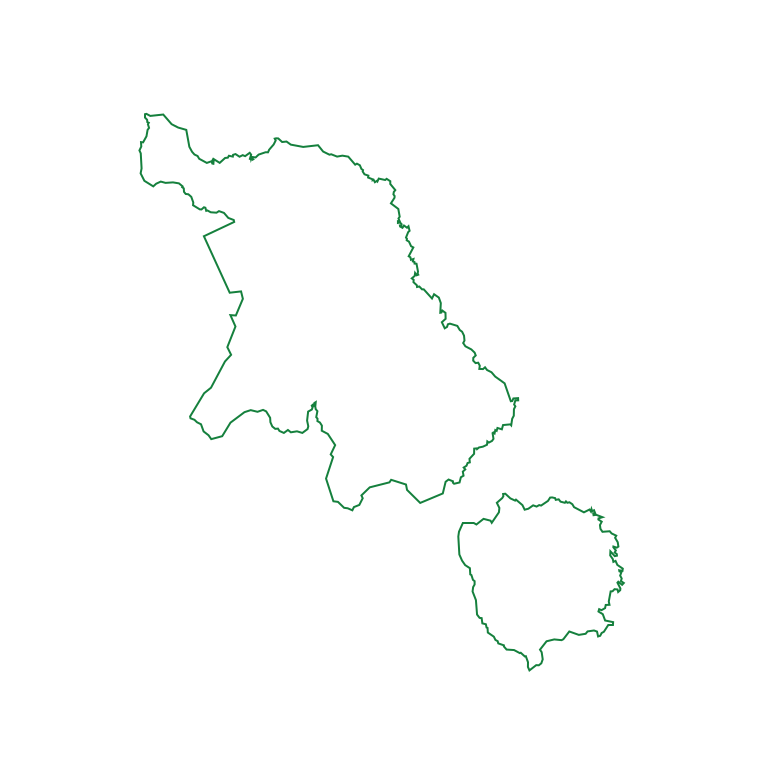 Bosome Freho, Ashanti, Ghana, rotated 350°
{"feature_id": "2480657B30283206314404", "entity_name": "Bosome Freho", "entity_type": "district", "adm_level": 2, "iso_a3": "GHA", "parent_name": "Ghana", "parent_adm1": "Ashanti", "projection": "robinson", "projection_center": [-1.315, 6.307], "detail": "fine", "context": "isolated", "style": "outline", "palette": "green", "viewbox_px": 768, "rotation_deg": 350, "n_neighbors": 0, "source": "geoboundaries", "source_scale": "gbopen_adm2", "svg_char_len": 6152}
<svg xmlns="http://www.w3.org/2000/svg" viewBox="0 0 768 768"><g transform="rotate(350 384 384)"><path d="M435.5,232.9L433.8,234.1L431.2,231.4L429.3,233.4L427.2,231.7L427.2,230.7L428.5,231.1L429.1,229.7L427.8,227.7L425.7,227.8L426.0,226.1L427.8,226.7L427.0,223.5L428.5,222.0L428.5,214.1L422.2,207.3L426.7,202.4L427.1,200.7L426.2,198.9L427.0,196.6L428.8,195.0L424.9,188.1L425.4,185.4L422.2,182.4L420.6,183.3L414.5,180.8L412.7,183.4L412.3,182.7L410.1,183.7L409.2,181.0L408.2,181.3L408.4,180.5L404.2,177.9L404.8,176.1L401.2,174.1L399.9,171.0L400.5,169.7L399.1,168.3L398.2,164.4L395.6,162.3L393.7,163.0L388.3,153.9L382.7,151.9L377.3,151.9L371.9,148.6L370.1,148.7L364.4,144.5L360.5,137.4L345.6,136.5L333.8,132.1L330.1,128.3L325.7,128.0L322.5,123.8L320.4,123.3L319.0,123.4L319.6,125.4L316.9,129.0L311.6,133.3L310.0,135.7L307.6,135.2L300.4,136.3L296.9,138.6L293.5,137.5L293.0,138.8L294.2,140.0L293.5,140.3L292.5,138.8L292.1,139.5L292.1,138.1L290.6,139.8L293.0,135.1L291.9,133.0L286.8,135.5L284.6,134.1L281.2,135.1L277.7,131.8L275.2,132.1L274.6,133.8L270.9,132.3L269.5,134.0L266.8,133.8L260.6,137.7L255.0,132.6L254.1,133.7L254.9,135.0L254.2,137.5L253.2,137.1L252.8,134.7L247.9,135.5L241.1,130.1L240.0,127.1L237.2,125.1L235.3,122.0L233.5,116.6L233.4,99.4L225.8,95.7L220.0,91.3L213.4,80.3L200.4,79.4L196.9,76.7L195.5,76.8L194.9,80.1L196.6,82.7L196.4,85.0L197.7,85.9L196.6,87.2L197.1,91.0L195.3,92.7L193.1,98.8L188.7,104.2L186.7,103.6L186.2,108.0L183.7,111.5L184.5,114.6L182.7,129.6L180.9,134.3L183.3,142.3L191.1,149.3L194.4,147.2L199.3,145.9L203.8,148.0L211.2,148.8L216.9,150.8L220.0,154.4L219.4,155.1L220.8,156.6L220.4,160.0L221.7,162.4L224.3,163.2L226.7,166.2L227.7,172.1L227.0,174.8L233.0,180.1L234.6,180.4L237.4,178.7L238.7,179.4L239.0,182.6L240.2,182.4L243.2,184.8L248.8,186.2L251.5,185.1L256.1,187.7L259.5,193.4L264.5,196.4L264.6,198.4L232.3,207.2L247.9,267.3L259.3,268.0L259.8,275.6L250.0,290.8L244.7,289.5L247.7,301.6L236.1,320.5L238.5,328.7L231.3,334.2L213.0,357.6L205.2,361.9L187.4,382.3L187.5,384.2L191.1,386.3L193.2,389.2L196.8,391.9L198.1,399.4L202.3,404.0L204.3,408.3L215.6,407.3L226.1,395.4L241.7,387.5L248.2,386.6L254.6,389.4L260.4,388.5L263.2,390.5L266.0,397.5L265.5,401.9L266.6,406.4L269.1,409.3L271.8,409.5L272.9,412.1L276.9,414.8L281.4,412.6L283.9,415.4L290.1,415.5L295.1,418.0L300.9,415.1L302.1,412.5L301.9,406.7L304.5,398.0L308.5,396.6L309.6,394.7L309.1,392.8L310.2,392.1L310.9,393.0L312.1,390.6L313.6,390.0L312.4,394.3L312.4,396.9L313.7,399.2L311.5,404.9L312.5,406.6L312.0,409.0L314.2,410.8L315.6,414.2L314.6,419.2L320.0,423.4L325.3,435.7L319.3,444.1L321.2,447.1L310.5,467.1L313.8,490.7L318.2,492.1L323.2,499.0L326.7,500.1L330.9,502.9L333.0,500.0L338.7,498.8L343.2,492.8L342.4,489.8L352.0,483.3L372.3,481.8L374.4,479.6L388.2,486.8L388.3,492.3L399.0,507.4L422.9,502.0L427.7,491.0L431.0,489.3L435.0,491.8L434.7,493.1L435.7,494.4L441.3,494.1L443.5,489.2L446.4,488.1L446.4,484.0L449.2,482.2L448.0,480.1L451.1,478.8L452.6,476.3L454.9,476.1L455.2,472.5L460.6,468.4L461.6,463.3L464.1,463.5L464.3,464.3L466.5,463.0L470.5,462.9L474.9,461.7L475.8,458.5L477.1,459.9L480.5,458.8L482.3,457.0L482.4,451.2L483.3,450.7L484.3,451.9L485.6,448.7L486.8,449.7L488.1,447.0L492.2,449.1L494.1,445.1L501.4,445.7L502.1,446.8L504.2,440.5L506.3,437.8L507.6,431.3L509.5,428.8L508.6,426.8L510.5,423.0L513.3,423.4L513.6,421.2L508.9,420.7L507.4,423.0L505.9,423.0L502.9,404.3L494.8,396.0L491.9,391.1L487.9,388.1L486.4,385.1L484.1,386.5L480.5,385.7L481.5,382.6L480.5,379.4L477.8,379.3L475.9,376.5L476.5,373.7L479.3,371.8L478.7,368.8L476.0,365.1L470.7,361.0L469.1,357.4L470.8,355.2L471.2,350.3L470.0,346.1L468.0,344.0L466.3,339.5L459.4,336.0L457.3,336.3L456.0,338.7L453.5,339.7L451.7,333.2L456.0,330.5L456.9,324.6L454.2,321.8L452.9,323.6L451.8,323.6L454.0,314.2L453.0,308.4L448.9,304.3L446.1,308.1L439.6,297.7L437.9,297.4L435.7,294.1L433.4,294.2L433.5,292.5L430.7,288.8L431.3,286.6L429.7,284.8L433.0,282.9L433.9,280.1L435.0,282.6L436.7,282.3L436.3,280.9L437.0,279.2L436.9,271.2L435.0,270.7L435.2,269.2L433.7,268.3L434.7,266.0L432.1,266.4L432.0,263.8L430.5,262.5L436.6,254.6L434.6,253.0L433.3,248.1L431.3,246.4L431.8,245.0L431.1,243.6L434.2,238.6L435.8,237.6L435.5,232.9ZM564.6,543.3L558.6,545.1L549.8,538.3L548.6,535.1L546.1,532.7L543.9,532.8L542.8,531.2L541.5,532.4L537.4,530.5L536.0,527.9L533.0,527.9L532.7,526.1L529.9,524.9L527.9,524.7L525.2,527.6L517.6,531.0L515.8,530.2L513.0,531.2L509.8,529.4L504.5,531.9L500.7,532.2L499.3,527.3L493.9,520.8L492.9,521.6L488.6,518.6L484.4,513.1L482.2,513.0L482.1,515.2L480.6,516.9L474.5,520.6L476.1,526.1L474.9,530.3L466.0,539.4L465.2,537.1L458.6,534.1L450.6,538.4L448.3,536.5L437.5,534.6L432.2,542.5L430.7,547.1L428.6,565.0L430.2,571.5L432.5,576.5L436.6,580.3L435.9,586.5L436.9,587.3L437.6,592.3L439.0,593.9L438.4,597.2L436.5,599.5L435.2,603.7L437.0,612.8L435.6,627.2L437.5,630.9L439.5,631.5L439.3,636.8L442.6,638.3L442.7,641.6L443.6,642.2L443.1,646.8L448.3,651.9L449.3,655.4L451.3,657.0L451.5,659.3L456.7,662.2L456.5,663.3L458.6,666.8L465.9,668.6L471.0,672.6L472.0,672.4L475.4,676.8L476.4,676.7L477.5,683.0L476.6,687.6L477.5,691.3L485.1,687.3L487.6,687.9L490.4,686.4L492.5,682.7L492.7,675.5L491.5,672.7L499.4,665.6L507.3,665.1L514.4,667.1L516.3,666.5L523.5,659.9L532.3,664.9L539.2,665.0L541.5,663.0L548.0,663.2L550.8,664.8L551.0,669.8L553.2,669.5L555.1,667.0L557.5,666.2L563.0,660.3L567.6,661.1L568.3,658.3L560.7,655.3L559.5,648.7L555.7,645.3L556.8,643.1L558.9,644.5L562.8,643.1L564.0,640.1L567.7,640.6L567.6,637.2L571.2,627.6L573.1,627.8L575.4,626.1L578.3,626.9L578.5,629.5L580.8,628.1L581.3,626.4L579.4,620.2L580.4,619.4L583.6,623.1L585.6,621.6L583.1,619.2L584.3,616.8L583.3,613.7L585.1,610.6L583.3,609.4L583.3,608.3L586.4,609.4L587.1,607.3L582.4,602.7L581.3,598.4L579.0,599.0L578.9,596.1L577.0,592.1L577.9,588.1L581.4,593.6L583.6,593.5L583.7,591.9L581.9,590.0L583.4,588.2L581.5,584.6L581.7,583.9L584.8,585.6L586.6,584.8L586.7,580.4L584.9,575.6L586.4,573.7L582.2,570.7L580.7,568.2L573.5,567.5L572.0,564.2L572.2,560.4L574.5,557.4L571.6,554.7L571.9,553.6L576.0,553.1L570.3,549.7L567.6,549.6L567.6,547.7L569.5,547.8L568.9,544.8L566.9,545.4L566.6,543.3L565.6,545.5L564.6,543.3Z" fill="none" stroke="#15803d" stroke-width="2"/></g></svg>